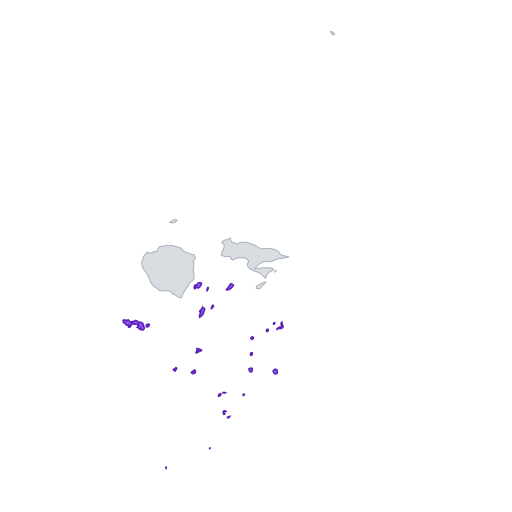 Eastern highlighted on a map of Fiji, rotated 42°
{"feature_id": "FJI-2618", "entity_name": "Eastern", "entity_type": "Division", "adm_level": 1, "iso_a3": "FJI", "parent_name": "Fiji", "parent_adm1": "", "projection": "equal_earth", "projection_center": [179.768, -18.91], "detail": "fine", "context": "in_parent", "style": "filled", "palette": "violet", "viewbox_px": 512, "rotation_deg": 42, "n_neighbors": 0, "source": "natural_earth", "source_scale": "10m", "svg_char_len": 7924}
<svg xmlns="http://www.w3.org/2000/svg" viewBox="0 0 512 512"><g transform="rotate(42 256 256)"><path d="M212.8,299.6L212.8,302.0L214.0,303.0L215.1,303.1L218.0,307.6L222.4,311.5L225.2,314.4L225.3,317.0L224.5,319.6L225.7,324.4L226.2,329.4L228.2,337.2L225.4,338.7L221.1,338.9L220.1,340.3L218.6,339.5L215.0,340.1L211.5,342.7L208.2,346.2L204.4,346.2L200.2,346.9L195.9,346.4L192.9,344.6L187.6,342.5L180.5,340.8L177.6,339.3L175.1,337.0L172.8,331.3L172.5,328.4L172.8,325.7L174.9,324.8L176.6,323.4L176.8,321.6L177.6,320.3L178.6,319.9L179.1,319.0L178.3,316.1L178.1,313.4L182.2,308.5L186.7,304.3L194.6,300.5L199.4,300.8L206.8,297.9L209.1,296.5L211.5,297.3L212.8,299.6ZM280.7,235.6L274.8,242.7L272.6,246.4L270.8,250.4L265.7,254.7L263.5,260.6L263.7,266.4L268.8,260.3L274.5,255.3L276.2,254.3L278.0,254.3L277.9,256.0L277.0,257.7L276.4,262.2L277.9,266.3L273.7,265.9L269.5,266.2L264.5,268.5L259.6,269.6L257.8,269.6L256.0,268.8L254.9,267.6L254.0,264.9L253.1,264.5L249.2,264.6L243.4,270.0L241.5,274.6L239.3,274.8L236.6,273.8L233.4,277.3L229.6,278.6L228.0,275.6L226.9,272.0L225.5,269.3L221.3,268.6L222.0,265.3L223.1,263.9L224.1,262.0L224.7,259.8L226.7,261.2L228.8,262.1L231.1,260.4L233.5,260.3L235.9,255.4L239.6,252.4L244.8,249.9L250.1,248.2L252.8,247.9L255.4,246.9L260.0,242.3L263.0,240.0L266.3,238.5L269.5,237.7L272.4,238.4L274.8,238.1L280.8,234.8L280.7,235.6ZM221.2,384.5L221.2,386.7L216.2,388.2L214.5,386.4L213.4,386.0L210.4,389.3L209.5,390.7L209.2,391.7L208.5,392.2L202.9,393.8L200.5,392.3L202.1,391.2L204.1,389.0L206.2,389.3L208.2,387.3L210.2,384.2L213.1,383.6L215.2,382.4L218.6,383.2L221.2,384.5ZM280.8,277.9L277.8,279.9L276.7,278.0L278.0,273.3L280.8,268.5L280.7,272.4L280.8,277.9ZM255.1,338.3L254.7,338.8L251.3,334.5L251.4,332.9L252.0,331.4L253.4,330.0L254.6,332.4L255.6,336.4L255.1,338.3ZM234.5,318.6L232.4,319.5L231.3,316.3L232.9,313.0L234.6,312.7L235.5,316.0L234.5,318.6ZM257.9,299.3L256.6,300.8L256.0,293.5L257.3,293.5L258.3,294.3L258.9,296.1L257.9,299.3ZM171.4,287.7L169.4,288.6L170.5,284.3L171.6,283.0L172.3,282.7L173.5,282.4L173.1,285.4L171.4,287.7ZM165.9,39.6L164.4,40.2L161.8,39.7L161.3,38.9L162.1,38.7L163.8,38.1L165.8,38.4L166.1,39.0L165.9,39.6ZM280.8,255.4L280.3,255.5L280.2,254.5L280.8,252.7L280.8,255.4Z" fill="#d9dde1" stroke="#a8b0b8" stroke-width="1"/><path d="M219.0,383.5L219.3,383.4L220.7,383.8L221.1,384.0L221.4,384.7L221.7,385.7L221.6,386.5L220.8,387.1L220.2,387.6L219.9,387.2L219.5,387.1L218.7,386.9L218.9,387.4L218.9,387.8L218.8,388.1L218.4,388.4L218.0,388.2L217.1,388.1L216.2,388.1L215.5,388.4L215.6,388.0L215.7,387.3L215.8,386.9L215.4,387.1L215.1,387.2L214.9,387.1L214.7,386.9L214.8,386.7L215.0,386.3L215.2,386.2L214.1,385.7L213.1,386.2L211.4,388.0L210.8,388.2L210.2,388.2L209.7,388.3L209.5,388.9L209.6,390.0L209.3,389.5L208.9,389.8L208.8,390.4L208.9,391.0L209.2,391.2L209.7,391.4L209.9,391.9L209.8,393.2L209.7,393.6L209.5,393.9L209.1,394.1L208.8,394.1L208.4,393.8L208.4,393.3L208.5,392.0L207.9,392.6L207.7,392.7L207.1,392.7L206.8,393.2L206.6,393.7L206.3,394.0L205.7,394.1L205.1,394.0L204.1,393.5L203.5,393.4L202.7,394.1L202.2,394.1L202.0,393.4L201.8,393.4L201.5,393.6L201.1,393.5L200.6,393.1L200.2,392.7L201.3,391.2L202.1,390.8L202.8,391.2L203.2,390.8L203.4,389.6L203.7,389.1L204.1,388.8L204.6,388.8L206.8,389.5L207.1,389.5L207.4,389.1L207.4,388.6L207.5,388.0L207.9,387.6L208.5,388.2L208.8,387.7L209.0,386.7L209.0,385.8L209.5,384.6L210.9,383.9L212.5,383.8L213.6,384.4L213.9,382.9L214.2,382.6L214.8,382.6L215.0,382.5L215.1,382.2L215.3,382.0L215.6,381.9L216.0,382.0L216.3,382.1L216.7,382.2L217.1,381.9L217.4,382.6L218.7,382.6L219.0,383.5ZM254.9,332.9L255.5,334.3L255.6,337.2L255.1,339.2L254.0,338.3L253.6,337.7L253.3,336.2L253.0,335.6L252.3,334.4L252.0,333.8L251.8,332.9L251.7,333.4L251.8,334.5L251.7,334.9L251.3,335.0L251.1,334.6L251.0,333.1L251.0,331.6L250.9,331.3L250.6,330.5L250.5,330.0L250.9,330.3L251.2,330.3L252.0,329.5L252.2,329.4L252.5,329.5L253.0,329.6L253.6,330.1L254.6,332.4L254.9,332.9ZM259.1,295.3L259.0,296.7L258.8,297.8L258.3,298.9L257.8,299.8L256.7,300.9L256.4,300.6L256.4,297.5L256.3,296.6L256.1,295.8L255.8,295.1L255.9,294.4L255.9,293.7L256.2,293.1L257.8,292.8L258.2,292.7L258.5,292.7L259.0,293.1L258.9,293.4L259.1,295.3ZM232.4,313.2L232.7,312.9L233.3,312.7L234.0,313.3L234.4,314.5L234.6,315.2L234.6,315.9L234.8,316.7L234.7,317.4L234.5,318.0L234.3,318.6L233.3,318.9L232.8,319.2L232.1,319.5L231.7,318.6L231.5,317.7L231.0,315.6L231.4,314.0L232.4,313.2ZM348.1,326.7L348.5,327.0L349.3,327.7L349.9,328.6L350.2,329.4L349.8,330.4L348.9,330.9L347.8,331.0L347.0,330.7L345.7,330.1L345.5,328.4L346.3,326.9L348.1,326.7ZM321.7,289.3L322.9,290.0L323.5,290.6L323.8,291.3L323.2,293.0L323.1,293.3L322.4,293.6L321.6,294.5L321.0,295.5L320.8,296.5L320.2,295.9L320.4,294.9L320.8,293.9L321.4,293.3L321.2,292.6L321.4,292.3L321.7,292.1L321.9,291.8L321.9,291.1L321.8,290.8L321.4,290.4L321.0,290.1L320.1,289.9L319.8,289.6L319.6,289.2L319.5,288.2L319.5,287.8L320.0,288.1L320.4,288.7L320.8,289.2L321.7,289.3ZM278.5,362.4L278.7,362.8L278.8,363.0L278.5,363.7L277.6,364.0L277.2,364.5L276.5,365.2L276.7,365.6L277.3,365.3L277.5,365.3L277.6,365.9L276.9,366.7L276.8,367.8L276.1,368.0L275.7,367.1L275.7,366.2L275.2,365.8L274.9,365.3L274.1,364.7L274.1,364.1L274.8,363.7L276.3,362.9L277.9,362.5L278.5,362.4ZM329.3,343.1L330.0,343.7L330.2,344.7L329.9,345.6L329.5,345.9L328.1,345.9L327.8,345.8L327.5,345.6L327.2,345.3L327.0,345.2L326.2,344.4L327.0,342.9L328.4,342.0L329.3,343.1L329.3,343.1ZM222.7,379.3L223.1,379.7L223.2,380.1L223.2,380.6L223.0,381.1L222.5,380.9L222.2,381.4L222.0,381.9L221.7,381.9L220.6,380.9L220.7,380.3L221.0,379.5L221.1,379.1L221.5,378.6L222.3,378.3L222.9,378.5L222.7,379.3ZM286.1,384.0L286.6,381.8L288.1,382.0L289.1,383.5L288.3,385.1L287.9,383.3L287.1,383.1L286.4,383.9L286.5,384.9L286.8,385.9L286.3,386.1L285.7,385.5L286.1,384.0ZM272.0,392.3L272.4,392.7L272.6,393.6L272.7,394.7L272.9,395.6L271.7,395.9L271.3,396.0L270.7,395.9L270.6,395.7L270.5,395.2L270.8,395.0L270.9,394.9L271.0,394.5L271.6,394.7L271.8,394.8L271.6,394.0L271.2,393.2L271.1,392.6L272.0,392.3ZM307.5,320.7L306.9,320.1L307.0,319.1L307.6,318.3L308.4,318.3L309.2,319.1L309.1,320.2L308.5,321.0L307.5,320.7ZM321.1,384.0L321.3,382.8L321.7,382.0L322.3,381.9L322.8,382.9L322.8,384.3L322.2,385.2L321.6,385.1L321.1,384.0ZM318.2,330.6L318.9,331.1L319.1,332.4L319.1,333.1L318.3,333.3L317.8,333.0L317.4,332.4L317.1,331.2L317.8,330.4L318.2,330.6ZM336.2,392.3L336.5,393.1L337.1,393.8L337.8,394.2L338.4,394.1L338.2,395.2L337.5,395.1L336.1,394.1L335.7,393.6L335.9,392.6L336.5,391.7L337.6,391.6L337.3,392.1L337.1,392.2L336.7,392.2L336.2,392.3ZM314.1,304.9L313.4,304.2L313.3,303.2L313.7,302.5L314.5,302.4L314.9,303.0L315.1,304.0L314.8,304.8L314.1,304.9ZM258.3,322.0L258.2,322.4L258.0,322.7L258.1,323.0L258.3,323.5L258.3,324.1L258.3,324.5L258.0,325.0L257.7,324.7L257.5,323.8L257.2,323.3L256.9,322.7L256.7,322.0L256.9,321.3L257.6,321.7L258.3,322.0ZM230.5,318.3L231.1,319.7L231.9,320.3L232.6,320.5L232.5,320.9L232.4,321.1L232.3,321.3L232.0,320.9L231.8,321.1L231.5,321.1L231.3,320.7L230.8,320.6L230.2,318.6L230.0,317.6L230.5,318.3ZM241.5,312.9L241.2,312.1L241.2,311.6L241.5,311.4L242.0,311.8L242.3,312.3L242.8,313.9L242.9,314.7L242.6,314.7L242.4,314.1L242.2,313.6L241.9,313.2L241.5,312.9ZM342.8,394.7L343.6,392.9L343.9,392.6L344.0,393.6L343.9,394.6L343.6,394.9L343.2,394.9L342.9,395.3L342.7,395.1L342.8,394.7ZM314.0,294.3L314.1,293.4L314.5,293.0L315.0,293.3L315.2,293.9L315.1,294.6L314.8,294.9L314.4,294.8L314.0,294.3ZM339.5,368.1L339.1,367.3L339.3,366.7L339.8,366.5L340.2,366.9L340.3,367.4L340.1,367.9L339.8,368.2L339.5,368.1ZM324.0,379.3L323.7,379.6L323.4,379.7L323.1,379.7L322.8,379.6L323.2,379.1L323.7,378.6L324.2,378.3L324.8,378.1L324.6,378.5L324.4,378.8L324.2,379.1L324.0,379.3ZM330.8,473.9L330.5,473.5L330.3,473.2L330.4,472.8L330.6,472.3L330.6,472.8L330.7,473.2L330.9,473.6L331.2,473.9L330.8,473.9ZM350.3,430.1L350.1,429.9L350.2,429.6L350.4,429.2L350.7,428.8L350.6,429.2L350.5,429.5L350.3,430.1Z" fill="#8b5cf6" stroke="#5b21b6" stroke-width="1.5"/></g></svg>